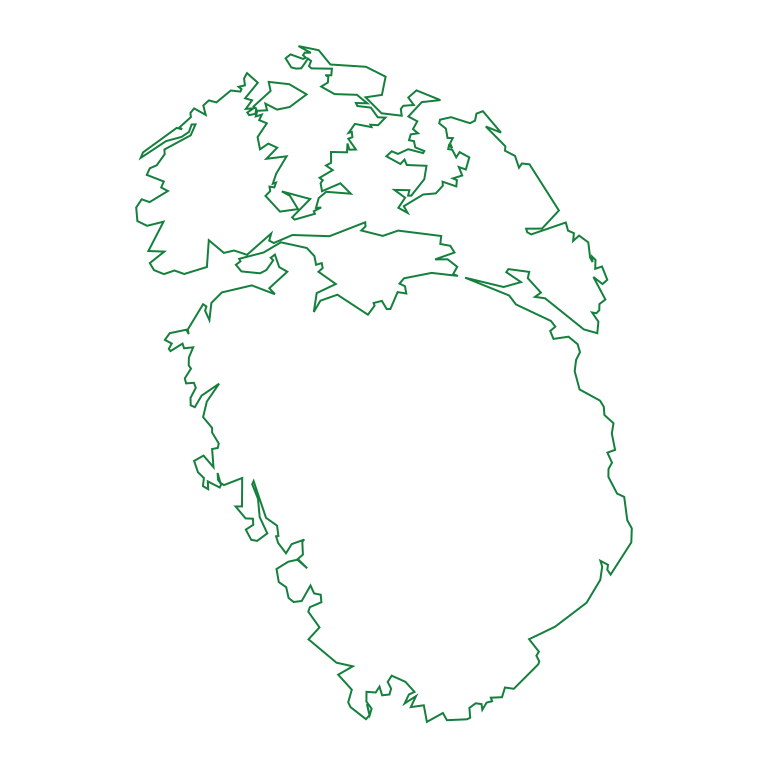 the district of Fedje nor, Norway
{"feature_id": "86288312B30337724533689", "entity_name": "Fedje nor", "entity_type": "district", "adm_level": 2, "iso_a3": "NOR", "parent_name": "Norway", "parent_adm1": "", "projection": "orthographic", "projection_center": [4.716, 60.769], "detail": "fine", "context": "isolated", "style": "outline", "palette": "green", "viewbox_px": 768, "rotation_deg": 0, "n_neighbors": 0, "source": "geoboundaries", "source_scale": "gbopen_adm2", "svg_char_len": 6082}
<svg xmlns="http://www.w3.org/2000/svg" viewBox="0 0 768 768"><path d="M318.7,50.2L298.5,46.1L310.8,52.8L304.8,52.6L303.0,55.2L305.9,57.7L303.1,58.9L290.5,54.4L285.6,58.3L291.3,67.4L296.1,68.6L301.3,68.3L308.0,58.6L311.1,61.0L309.0,66.1L311.4,68.4L331.9,68.7L331.3,75.3L325.3,75.2L328.3,76.5L327.9,82.5L321.2,86.6L334.6,94.1L356.9,94.8L367.3,103.3L355.9,103.0L357.4,106.0L370.8,107.6L377.8,117.3L385.4,117.6L378.1,125.2L370.4,124.7L371.5,127.1L354.9,123.9L348.6,132.9L351.8,131.9L352.4,137.2L348.3,138.7L355.9,149.5L349.4,149.7L347.5,143.5L347.0,152.3L331.0,152.0L331.1,162.8L326.0,165.5L332.7,170.1L319.6,177.8L322.8,180.2L320.6,183.2L322.0,191.2L340.4,183.3L350.8,193.7L326.2,191.8L318.7,198.1L316.0,207.9L321.2,207.5L313.8,211.2L314.9,213.8L294.6,219.6L292.1,217.4L310.2,199.0L281.8,191.4L289.9,195.8L298.0,209.1L280.0,211.6L265.5,195.9L270.2,191.1L269.5,186.6L274.3,187.4L276.0,182.6L272.8,183.7L276.2,173.7L286.6,156.3L266.4,158.8L277.2,147.7L268.3,143.6L260.0,149.3L257.6,137.1L266.8,123.3L259.2,120.1L261.8,114.6L255.8,116.4L257.3,110.8L267.1,110.3L265.4,103.6L277.1,109.6L289.7,107.0L306.6,94.4L289.3,84.2L268.7,81.9L270.6,90.9L253.6,106.4L256.3,109.1L255.3,113.9L249.1,115.1L247.3,112.5L253.6,108.3L245.8,108.9L252.1,100.3L245.1,98.3L257.8,82.7L247.0,73.1L244.1,78.4L244.9,85.4L238.6,86.8L241.5,89.1L240.4,91.6L230.8,90.5L216.4,102.4L208.9,100.4L203.3,105.5L205.7,114.9L194.1,108.4L190.4,113.0L190.9,117.1L179.6,127.3L182.1,129.3L176.7,127.9L143.0,152.4L140.7,157.9L166.1,141.1L181.6,136.9L189.0,131.9L191.6,124.5L195.5,124.4L190.7,135.3L164.4,149.5L164.7,154.2L156.7,165.3L149.8,168.3L146.8,174.9L163.8,181.5L161.2,187.5L167.9,191.0L149.6,202.1L141.7,199.3L136.2,207.5L137.4,221.1L147.1,225.8L163.5,221.7L148.4,251.0L164.3,251.6L149.8,263.1L154.0,270.1L163.9,274.1L174.5,270.5L184.2,274.0L206.9,267.0L208.8,240.2L223.9,252.9L234.1,250.5L247.0,254.8L271.2,233.5L269.2,240.6L273.8,243.0L292.5,235.0L329.5,236.2L365.2,222.3L365.5,226.4L361.3,230.5L382.8,235.9L398.1,230.6L441.2,236.0L440.3,244.0L450.3,245.8L454.5,252.5L435.1,259.4L447.6,259.3L457.2,266.8L453.1,274.2L457.9,275.9L431.6,272.9L404.0,278.3L399.5,283.6L404.9,286.2L406.3,293.5L397.6,292.1L390.4,309.0L386.7,309.1L381.9,300.9L373.6,303.0L374.6,305.7L367.9,314.7L337.4,294.7L320.4,300.7L313.8,312.0L316.7,293.1L335.8,284.0L318.5,271.8L322.7,268.0L321.7,263.1L316.1,264.8L314.4,256.1L306.8,248.0L280.9,242.3L263.6,252.5L239.1,258.8L240.5,261.3L235.9,264.8L241.4,271.4L260.1,273.3L266.4,270.0L273.2,260.3L270.7,257.8L274.9,254.6L279.2,267.1L287.3,271.7L269.3,288.2L274.9,294.2L251.8,285.4L221.9,292.4L211.4,302.9L209.4,320.1L205.1,310.7L206.4,306.5L203.1,304.2L187.8,329.5L188.7,334.1L186.4,329.7L169.7,333.2L164.9,339.9L171.7,343.5L168.8,348.9L170.5,351.1L182.5,343.6L184.1,348.3L193.2,347.3L188.9,357.5L188.7,365.3L191.0,368.6L184.8,378.4L186.1,383.4L193.9,382.8L195.8,387.9L190.5,397.9L190.7,405.3L194.8,407.2L201.6,395.6L219.1,383.7L206.8,401.6L203.1,417.1L212.1,427.9L212.1,432.5L218.8,443.6L217.7,448.0L212.1,449.0L213.5,467.2L203.5,455.6L194.1,460.9L198.0,472.3L203.9,478.0L202.9,486.1L208.2,489.2L207.8,481.4L219.7,487.5L221.2,484.3L218.0,479.8L217.6,473.0L220.4,482.8L223.9,485.1L242.2,478.0L242.0,506.4L235.6,506.5L245.6,518.4L252.9,518.7L253.3,524.8L245.8,529.6L251.2,539.8L257.1,540.9L267.3,533.4L259.7,517.1L258.0,498.9L252.2,484.2L253.6,481.1L266.0,517.8L277.1,525.7L278.4,535.9L276.1,536.3L278.1,542.9L286.0,553.3L291.7,544.1L304.3,539.6L302.3,541.6L302.9,554.6L297.8,559.0L307.2,568.3L297.4,559.7L288.3,561.7L276.5,569.0L278.8,582.1L286.2,587.2L288.6,598.0L293.7,602.0L301.7,601.0L310.5,585.5L314.1,593.4L320.7,594.7L321.4,602.2L309.8,607.2L308.3,611.7L319.5,627.4L308.5,639.3L336.5,662.7L352.8,666.3L338.2,674.7L351.8,689.7L348.2,702.3L350.5,707.1L366.0,719.2L369.5,715.2L366.9,704.1L369.7,715.1L371.6,708.7L366.4,701.6L366.5,691.8L375.7,692.5L379.5,686.6L382.1,695.3L389.5,694.5L391.1,688.6L387.7,681.9L391.7,675.7L405.5,681.9L414.5,691.9L408.9,694.5L404.6,703.5L416.0,696.1L410.8,707.1L423.8,705.3L426.9,721.9L442.9,713.0L446.9,720.2L466.9,719.3L470.2,717.8L469.4,707.9L475.7,703.3L481.5,704.1L482.3,709.8L486.6,702.6L492.1,701.2L490.8,697.7L502.0,697.2L505.0,687.5L513.8,688.8L538.2,664.4L539.3,661.5L536.4,655.7L538.9,651.7L529.1,639.2L555.2,626.6L586.6,602.7L600.3,579.8L602.2,566.5L600.4,560.8L608.0,564.8L607.3,569.7L610.6,574.6L631.3,542.4L631.8,528.4L627.3,520.3L624.2,496.9L617.1,493.6L608.4,476.9L608.5,469.0L612.0,462.7L607.4,452.6L615.1,449.9L611.8,433.5L613.5,423.2L604.4,415.0L603.8,406.8L600.0,400.6L579.6,389.5L574.7,371.3L576.1,359.8L580.0,352.2L577.6,344.2L568.5,336.7L553.5,338.9L550.2,331.0L555.3,326.7L551.0,321.0L515.9,304.4L509.2,295.5L465.1,277.7L503.6,287.0L521.0,282.1L506.3,272.2L508.4,269.1L529.2,271.9L527.8,278.2L540.9,292.6L535.0,296.9L545.1,298.3L583.8,329.4L597.3,333.2L598.4,321.7L592.1,312.5L596.4,313.2L599.3,310.2L599.4,304.1L605.4,299.5L593.4,277.0L602.5,284.0L607.3,279.8L602.0,266.5L595.2,268.8L595.5,259.9L592.1,256.6L592.5,262.0L590.1,257.5L588.3,242.4L579.1,235.6L573.1,241.0L573.9,233.2L568.0,230.6L565.8,222.5L531.2,234.4L527.2,232.2L526.1,228.7L542.0,228.6L558.9,210.5L529.5,164.3L521.9,163.5L519.0,167.7L515.0,155.9L505.0,150.7L505.4,146.3L485.8,126.5L501.0,132.6L482.9,111.2L476.5,113.6L475.0,120.6L470.0,123.2L451.0,117.2L440.0,119.7L439.2,123.3L445.9,128.6L447.5,137.9L452.8,138.1L450.1,143.4L452.2,148.1L449.0,145.3L448.2,149.1L452.3,149.8L456.2,157.3L459.6,152.1L469.3,157.4L465.8,169.5L458.8,167.0L462.2,175.5L452.9,178.4L456.9,180.1L456.3,186.4L442.6,181.7L442.8,185.7L435.8,193.4L423.2,194.5L403.8,206.2L407.6,212.9L398.4,207.8L405.1,197.7L394.4,189.9L409.4,190.2L408.1,195.6L411.2,195.7L424.3,179.2L426.5,165.8L406.8,165.0L404.5,159.6L400.4,164.0L386.4,156.3L391.7,151.3L398.0,153.9L408.2,149.2L423.1,153.1L424.3,151.0L415.3,147.4L413.9,141.1L409.0,140.2L410.7,134.4L418.0,133.3L413.0,129.1L417.3,121.3L408.4,116.5L421.8,102.1L440.4,100.1L416.5,90.4L408.3,97.5L413.8,105.0L403.3,105.8L400.8,108.9L401.7,115.7L381.6,113.3L365.6,97.3L381.9,94.9L385.6,76.7L366.0,66.8L330.4,64.5L318.7,50.2Z" fill="none" stroke="#15803d" stroke-width="2"/></svg>